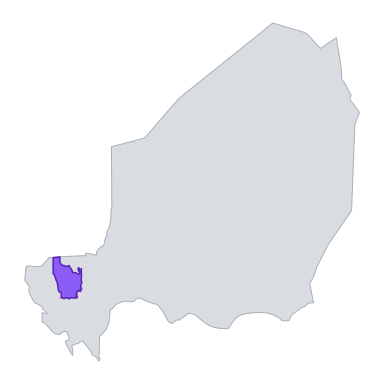 location of Ouallam, Tillabéri, Niger
{"feature_id": "23599985B18642698649368", "entity_name": "Ouallam", "entity_type": "district", "adm_level": 2, "iso_a3": "NER", "parent_name": "Niger", "parent_adm1": "Tillabéri", "projection": "equal_earth", "projection_center": [2.332, 14.566], "detail": "fine", "context": "in_parent", "style": "filled", "palette": "violet", "viewbox_px": 384, "rotation_deg": 0, "n_neighbors": 0, "source": "geoboundaries", "source_scale": "gbopen_adm2", "svg_char_len": 4080}
<svg xmlns="http://www.w3.org/2000/svg" viewBox="0 0 384 384"><path d="M313.5,302.8L309.6,302.9L307.4,303.8L304.7,306.6L301.6,307.7L297.8,310.2L295.4,312.2L293.2,313.7L290.1,317.5L289.2,320.5L286.1,321.0L281.8,320.6L279.0,317.6L272.5,314.6L268.4,313.3L266.5,312.9L256.7,312.4L246.3,313.6L241.1,315.0L240.1,315.4L237.1,317.2L234.7,319.3L228.0,328.7L219.1,328.3L213.8,327.3L209.4,325.8L203.0,321.4L195.2,314.7L192.2,313.8L189.5,313.3L188.6,313.4L179.3,320.1L177.6,319.9L175.4,320.7L173.9,322.3L172.9,323.2L171.8,323.3L170.3,322.9L168.9,321.9L167.4,320.1L163.6,312.6L162.8,311.3L161.1,309.1L158.4,305.7L156.5,304.1L155.4,303.7L154.0,304.0L146.6,301.0L139.1,297.9L137.5,298.3L136.3,299.0L133.8,301.3L130.7,301.7L126.9,301.5L124.8,301.2L121.4,302.0L119.1,302.9L116.1,304.4L112.3,308.7L111.2,309.2L110.3,309.9L109.0,321.6L108.0,325.1L106.0,329.7L102.2,334.1L99.5,336.8L99.5,340.4L99.3,346.3L99.3,350.4L99.4,353.0L99.0,354.3L98.8,355.4L99.0,357.1L99.6,358.0L100.0,359.0L99.7,359.9L98.5,361.0L97.1,358.3L95.3,356.4L93.4,355.6L92.1,354.3L91.4,352.4L88.9,348.7L83.0,341.5L82.4,341.3L81.4,341.0L79.8,341.9L78.8,343.1L78.1,343.5L77.0,343.6L74.2,344.5L72.0,345.7L71.9,346.7L73.0,352.2L72.5,355.1L71.5,353.7L68.3,348.2L66.1,344.1L65.7,343.2L65.3,341.8L65.6,341.2L66.4,340.7L68.5,340.2L68.9,339.8L69.0,338.6L68.6,336.5L67.5,333.7L66.3,331.8L65.7,331.5L64.5,331.4L63.1,331.6L60.7,333.9L59.6,334.4L57.0,334.2L54.7,333.7L53.3,332.5L49.2,328.0L44.7,323.1L42.7,322.4L42.3,322.0L42.0,318.2L42.1,313.8L42.4,312.6L44.2,313.3L46.3,313.6L46.9,312.8L45.3,311.2L43.0,309.6L42.1,307.2L41.5,306.4L40.4,305.5L39.2,305.0L38.0,304.4L37.2,303.7L35.8,303.3L34.4,302.8L32.4,298.9L30.4,295.1L29.2,292.0L28.8,290.2L29.4,287.2L28.8,285.9L26.6,282.8L24.7,279.9L25.2,275.4L25.6,271.7L25.6,269.3L25.9,267.9L26.2,266.4L27.4,266.0L30.5,266.0L36.7,266.7L41.6,265.9L41.8,265.8L45.3,261.8L49.1,257.6L54.9,257.1L61.1,256.7L66.0,256.5L73.1,256.2L78.9,255.9L85.6,255.6L85.8,253.6L86.2,253.2L86.8,253.1L91.7,254.1L96.3,255.1L96.7,251.5L100.7,246.9L103.0,246.0L103.6,245.2L104.3,243.7L104.7,241.3L104.9,239.6L105.8,238.2L106.4,235.6L107.2,231.1L109.5,226.3L110.7,219.9L110.9,213.7L111.1,209.0L111.8,208.0L111.8,199.7L111.7,191.2L111.7,184.1L111.6,175.3L111.6,167.6L111.5,159.2L111.5,151.7L111.4,146.7L116.1,145.5L120.8,144.3L127.8,142.5L135.4,140.5L143.6,138.4L145.5,137.1L151.7,129.9L154.4,126.7L160.0,120.2L164.2,115.3L169.6,109.0L175.3,102.6L179.9,97.6L187.1,91.8L197.8,83.2L208.6,74.6L219.4,66.0L230.1,57.3L240.8,48.8L251.5,40.2L262.1,31.6L272.8,23.0L283.7,26.3L294.2,29.4L304.7,32.5L307.2,34.2L312.9,40.3L320.2,48.1L320.5,48.3L320.8,48.3L327.5,43.7L336.2,37.7L339.0,53.9L341.2,67.9L341.6,76.8L341.8,79.2L342.5,80.7L344.2,82.3L351.2,95.3L349.9,97.5L351.0,101.5L352.8,103.2L358.5,111.0L359.3,112.5L359.0,113.7L355.4,122.8L354.8,125.0L354.4,136.7L354.1,144.9L353.6,156.1L353.1,169.7L352.7,181.1L352.1,196.2L351.6,210.5L346.2,218.4L336.6,232.4L328.7,243.8L324.8,251.4L317.1,266.4L313.8,276.0L311.1,281.1L309.7,283.3L311.1,290.4L313.5,302.8Z" fill="#d9dde1" stroke="#a8b0b8" stroke-width="1"/><path d="M53.1,265.3L53.0,266.7L53.2,266.8L53.2,273.7L54.0,274.2L56.0,279.5L56.0,280.0L57.2,282.1L57.6,285.1L58.3,289.6L58.9,291.2L59.5,292.0L61.2,292.9L61.3,296.9L61.1,297.7L62.2,297.7L62.6,297.7L63.3,298.4L65.2,298.3L65.6,297.8L67.5,297.7L68.9,298.9L70.4,297.8L72.7,297.9L75.4,298.1L75.9,297.8L76.2,297.8L76.4,297.8L76.8,297.8L77.0,297.8L77.3,297.3L77.1,296.5L76.2,296.5L76.0,295.5L76.9,294.8L77.0,294.3L76.3,293.2L76.3,292.4L77.4,291.8L78.0,290.8L78.4,291.2L80.7,291.2L80.1,290.0L80.2,289.6L81.5,289.4L81.5,288.3L80.6,287.3L80.8,285.6L81.9,282.3L81.4,281.0L81.1,280.0L81.5,276.5L81.5,274.7L81.4,273.3L81.3,268.9L80.4,269.5L79.7,269.6L79.0,268.9L78.9,267.8L78.5,267.7L78.2,268.2L78.0,268.4L78.1,269.3L78.6,271.0L78.9,271.2L79.3,270.9L79.6,270.9L79.6,273.1L79.1,273.8L77.5,273.7L75.6,272.7L73.0,272.6L71.8,270.3L71.7,269.7L70.6,268.1L69.8,267.3L69.3,266.5L69.3,265.7L68.4,265.8L66.8,266.4L66.2,266.5L64.9,265.8L62.6,265.3L61.1,264.3L59.9,262.3L59.9,257.0L53.2,257.7L53.1,265.3Z" fill="#8b5cf6" stroke="#5b21b6" stroke-width="1.5"/></svg>